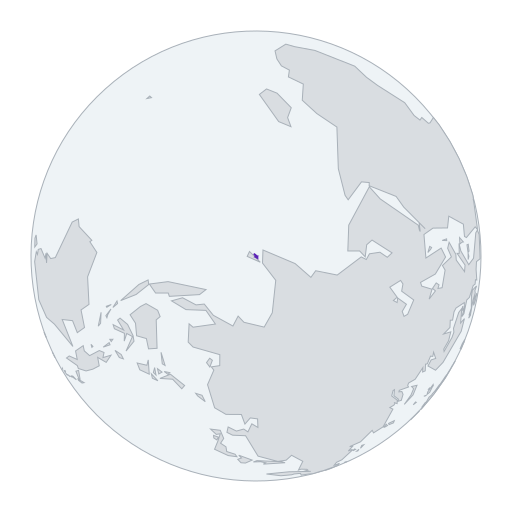 the Earth from above Puttalama, rotated 138°
{"feature_id": "LKA-2462", "entity_name": "Puttalama", "entity_type": "District", "adm_level": 1, "iso_a3": "LKA", "parent_name": "Sri Lanka", "parent_adm1": "", "projection": "orthographic", "projection_center": [79.891, 7.922], "detail": "fine", "context": "on_globe", "style": "filled", "palette": "violet", "viewbox_px": 512, "rotation_deg": 138, "n_neighbors": 0, "source": "natural_earth", "source_scale": "10m", "svg_char_len": 9172}
<svg xmlns="http://www.w3.org/2000/svg" viewBox="0 0 512 512"><g transform="rotate(138 256 256)"><circle cx="256" cy="256" r="225" fill="#eef3f6" stroke="#a8b0b8"/><path d="M348.3,50.5L345.4,49.5L349.8,51.5L335.6,45.8L343.0,48.2L342.5,48.0L345.0,49.1L345.3,49.2L345.9,49.4L348.3,50.5ZM328.3,43.2L326.1,42.6L326.6,42.5L328.3,43.2ZM54.1,156.1L73.7,127.4L73.6,131.0L87.3,128.9L88.0,131.0L80.6,140.9L86.1,156.6L94.9,148.7L105.8,158.3L116.8,159.6L131.1,140.8L113.1,138.0L115.8,128.4L134.8,122.6L151.4,126.3L153.0,122.7L147.4,113.5L156.2,108.1L146.0,110.0L146.5,113.8L140.1,115.4L139.3,112.1L142.5,110.1L138.9,107.9L124.9,119.0L123.8,124.2L111.4,124.6L108.4,133.5L103.3,137.0L106.4,123.5L109.9,119.0L111.5,104.8L106.7,109.4L104.8,123.4L103.2,122.0L96.7,129.5L100.4,122.7L103.7,107.2L95.8,108.8L77.1,126.2L74.2,127.1L75.8,122.6L91.3,104.0L95.9,104.3L101.4,98.8L108.0,90.4L108.8,91.5L112.0,88.5L114.4,88.7L125.2,82.4L128.8,82.3L140.1,74.0L143.5,73.2L135.8,78.1L132.4,82.0L142.2,83.5L146.2,82.0L152.8,76.8L154.6,78.3L159.7,73.1L168.8,72.5L162.0,69.3L169.5,64.2L178.8,61.2L180.1,59.2L164.9,64.3L159.9,67.0L157.6,70.1L143.1,78.4L138.2,79.3L148.8,69.3L143.0,70.0L153.8,62.8L188.2,51.8L199.0,51.0L201.8,59.2L195.3,61.6L191.0,59.6L188.4,65.7L191.8,63.1L193.3,64.8L200.9,61.2L202.4,62.2L207.1,57.4L209.8,58.3L206.7,61.4L220.2,57.9L227.6,59.5L229.9,58.3L230.3,56.6L239.4,60.3L240.7,59.4L238.3,57.7L239.3,54.8L244.6,51.5L247.5,52.9L246.0,54.3L247.0,59.9L242.5,64.0L244.2,64.3L248.8,61.2L247.5,54.3L249.9,51.9L251.5,54.8L251.1,53.6L253.2,52.9L258.0,53.8L256.7,50.6L275.9,44.0L287.0,45.9L286.3,48.7L302.7,48.0L313.9,51.7L311.6,49.9L317.9,49.3L314.5,48.1L313.9,47.3L328.5,47.1L334.2,48.8L337.9,48.2L336.7,47.5L332.7,46.1L335.6,45.8L349.8,51.5L351.8,52.7L359.3,56.1L362.7,58.7L369.0,62.9L368.4,64.7L373.5,68.5L375.8,69.5L384.5,76.0L394.1,87.0L375.8,73.5L359.4,59.3L365.2,64.3L360.7,62.1L360.9,63.4L365.2,67.5L367.7,68.5L358.6,72.1L362.9,84.1L370.2,84.1L377.2,88.7L388.4,105.9L384.0,129.4L393.3,138.5L395.6,144.4L391.1,147.6L387.7,139.0L380.9,135.6L379.7,130.7L371.4,134.1L369.3,127.3L363.8,133.9L368.6,139.5L376.7,138.5L372.9,148.0L384.3,158.4L388.3,170.9L378.1,192.8L363.7,199.4L363.4,203.5L356.3,198.8L348.9,206.9L363.7,230.5L364.0,237.4L351.1,250.4L350.4,245.2L331.7,232.6L329.6,249.1L343.9,263.0L348.8,279.2L338.5,274.1L333.3,259.8L326.6,254.9L327.4,240.5L320.0,219.4L309.5,223.3L309.3,214.8L297.5,197.7L281.9,202.9L257.6,224.7L255.9,246.4L246.8,255.8L232.0,224.2L229.5,203.4L221.5,205.1L208.4,187.5L178.4,184.9L176.4,179.6L170.2,181.7L161.4,175.9L159.3,167.2L152.8,167.3L159.1,190.2L166.2,190.3L175.4,182.3L175.6,190.4L184.4,198.3L166.4,216.9L125.5,231.6L125.5,215.3L114.8,170.3L117.3,165.8L117.4,165.2L117.6,164.3L112.5,171.6L112.0,163.1L113.5,193.5L112.0,206.5L124.9,232.5L122.7,234.8L128.0,240.5L149.9,236.1L149.2,241.5L136.4,265.8L109.6,297.7L115.5,321.2L117.4,340.8L105.8,352.1L112.1,367.4L106.8,371.8L109.9,380.3L108.6,388.5L104.6,395.7L92.1,393.5L87.2,385.7L74.7,369.4L55.6,331.0L54.3,314.8L51.5,301.4L42.9,270.4L44.5,254.6L43.2,247.3L40.1,248.0L39.1,239.3L37.6,238.5L31.5,240.2L32.1,230.7L35.2,211.4L39.9,192.4L46.2,173.9L54.1,156.1ZM58.7,149.0L56.5,153.1L58.7,149.0ZM164.9,141.1L177.4,143.3L178.7,130.9L183.7,131.0L182.3,127.0L178.8,130.0L176.5,119.5L184.4,117.0L186.4,112.1L182.3,111.2L168.2,117.8L171.3,132.4L165.5,136.9L164.9,141.1ZM127.3,73.7L125.7,75.6L121.2,78.8L116.7,80.6L123.2,75.9L127.3,73.7ZM124.6,77.8L136.4,68.4L139.6,67.5L135.8,69.5L136.8,69.8L130.9,73.2L122.5,82.3L118.0,85.8L112.1,86.2L116.5,83.8L117.8,81.8L124.6,77.8ZM160.7,52.1L165.8,49.6L166.3,50.5L161.4,52.8L156.6,54.3L159.5,52.5L160.7,52.1ZM235.6,31.6L236.0,31.7L229.0,32.7L232.8,32.3L233.4,32.8L228.0,33.9L227.6,33.4L221.9,35.3L218.1,35.2L217.7,35.5L212.7,36.1L205.8,37.6L205.0,37.5L202.7,38.1L199.3,38.9L195.8,39.8L193.1,40.2L188.6,41.6L189.9,41.0L182.9,43.4L186.8,41.9L182.8,43.1L181.2,43.9L178.2,44.6L196.9,38.6L216.1,34.3L235.6,31.6ZM250.9,30.8L243.8,31.2L238.1,31.6L238.9,31.4L250.9,30.8ZM92.5,127.7L93.7,128.4L96.4,128.5L92.4,133.5L92.5,127.7ZM94.4,117.1L96.1,116.7L91.7,123.2L90.4,122.7L94.4,117.1ZM100.7,111.4L96.5,116.2L98.0,113.3L100.7,111.4ZM137.7,77.8L139.9,77.4L138.7,78.7L135.8,80.4L137.7,77.8ZM210.3,42.0L211.0,41.0L212.6,40.7L218.1,38.5L221.4,38.7L219.3,40.1L210.3,42.0ZM125.9,143.6L120.5,146.9L119.8,144.8L121.8,144.1L125.9,143.6ZM104.0,139.8L107.2,143.0L102.9,141.2L104.0,139.8ZM214.7,41.8L216.7,40.8L217.1,41.6L214.7,41.8ZM224.0,38.8L225.1,39.5L222.4,38.5L224.0,38.8ZM227.7,443.6L231.7,446.0L227.9,446.0L227.7,443.6ZM149.2,340.7L145.4,373.8L136.4,373.1L131.4,362.9L130.6,342.6L139.9,337.7L143.5,328.7L149.2,340.7ZM396.0,316.8L401.2,317.7L400.9,318.8L396.0,316.8ZM390.7,313.3L396.8,313.5L389.4,315.6L390.7,313.3ZM399.2,313.7L405.4,311.6L408.1,309.9L407.5,312.1L399.2,313.7ZM386.4,313.4L362.1,313.2L352.2,310.4L354.8,306.6L370.8,307.6L386.4,313.4ZM354.0,306.5L338.5,295.8L315.6,264.5L323.8,265.1L347.4,284.0L346.0,287.2L355.4,295.7L354.0,306.5ZM390.5,286.7L388.9,296.6L375.7,295.8L369.6,294.2L365.4,281.5L367.8,275.1L372.9,275.3L391.3,253.6L398.0,258.9L392.7,268.0L398.1,276.6L390.5,286.7ZM257.0,248.5L262.8,261.6L257.8,263.7L257.0,248.5ZM397.8,238.6L391.0,248.0L396.8,235.5L397.8,238.6ZM400.6,226.9L401.5,231.6L398.1,227.0L400.6,226.9ZM364.1,209.9L358.8,211.0L358.2,207.7L364.6,204.4L364.1,209.9ZM391.2,181.7L393.0,191.1L392.7,194.3L389.3,188.6L391.2,181.7ZM245.1,46.5L233.8,49.0L227.7,51.9L227.7,54.9L222.9,52.2L232.2,47.7L245.1,46.5ZM271.8,43.9L271.7,42.0L275.0,42.7L275.4,43.2L271.8,43.9ZM269.5,42.9L263.4,41.1L265.5,40.0L269.9,41.6L269.5,42.9ZM238.7,40.2L235.1,40.8L234.8,40.0L238.7,40.2ZM405.3,418.8L410.6,411.5L414.4,410.7L408.3,417.2L405.3,418.8ZM406.2,389.1L369.9,404.2L363.2,402.4L367.8,396.2L367.5,377.5L369.9,377.8L371.9,365.1L395.1,353.2L412.5,331.8L422.1,333.0L431.3,317.6L440.1,318.6L435.6,330.7L442.5,338.5L452.6,311.3L451.4,340.2L452.7,350.5L446.7,368.8L424.2,400.0L416.4,406.2L417.3,403.4L413.4,406.6L410.8,405.4L414.2,395.5L410.2,398.6L416.3,391.0L409.4,397.8L410.3,391.5L406.2,389.1ZM464.5,341.3L464.7,340.6L466.4,335.7L466.3,336.5L464.8,340.6L464.5,341.3ZM471.7,321.0L472.4,318.5L472.1,319.5L471.7,321.0ZM472.6,317.9L473.4,315.0L472.6,317.9L472.6,317.9ZM475.0,302.2L475.5,300.7L475.4,301.9L475.0,302.2ZM408.8,317.8L416.5,310.0L420.2,309.4L408.8,317.8ZM475.2,299.1L474.6,298.8L474.8,297.3L475.2,299.1ZM475.8,295.4L476.0,293.3L475.6,298.4L475.8,295.4ZM474.9,290.6L475.4,294.4L474.8,291.1L474.9,290.6ZM474.3,291.1L473.6,289.4L473.7,288.8L474.3,291.1ZM462.1,294.1L465.1,307.0L461.7,306.7L458.1,298.7L453.6,306.2L444.4,305.0L447.1,300.4L446.3,293.3L435.7,290.6L433.5,286.0L437.7,282.9L430.1,279.3L438.5,277.2L441.5,286.6L446.0,279.3L453.0,281.1L459.2,284.3L463.3,291.3L462.1,294.1ZM437.7,297.9L439.1,297.9L437.7,300.8L437.7,297.9ZM472.3,284.2L473.3,288.8L473.0,290.0L472.5,289.2L472.3,284.2ZM464.4,289.7L469.3,282.0L470.2,282.1L466.9,290.9L464.4,289.7ZM468.5,276.9L470.3,278.0L471.1,282.4L470.6,283.6L468.5,276.9ZM420.8,289.3L420.4,291.9L418.1,289.9L420.8,289.3ZM423.9,287.7L430.5,290.5L423.1,289.9L423.9,287.7ZM401.7,278.8L403.9,284.9L410.9,280.9L405.5,286.6L409.9,296.7L408.1,300.6L403.9,289.6L401.7,301.0L398.6,300.8L397.2,291.1L400.6,279.2L403.7,274.3L416.2,272.3L401.7,278.8ZM423.9,280.2L422.1,273.0L423.4,268.3L425.5,272.0L423.9,280.2ZM415.9,256.0L410.2,247.8L405.6,250.9L414.4,239.6L418.5,249.2L415.9,256.0ZM410.2,238.1L406.0,240.9L410.0,234.4L410.2,238.1ZM404.6,238.2L403.5,232.6L407.2,233.4L404.6,238.2ZM412.6,238.4L412.4,228.9L414.8,234.5L412.6,238.4ZM400.4,220.2L409.3,229.3L398.7,225.4L395.7,207.5L400.0,207.0L400.4,220.2ZM407.6,151.1L405.1,146.5L408.2,145.6L409.1,149.0L407.6,151.1ZM416.1,140.1L408.3,143.9L401.5,147.8L404.9,150.0L405.6,157.8L399.2,150.4L402.1,142.0L407.6,140.6L406.0,134.3L408.6,130.3L404.2,122.7L404.5,119.6L410.2,126.3L416.1,140.1ZM402.1,119.5L395.4,106.9L402.4,109.2L405.5,112.4L405.6,117.1L401.9,115.6L402.1,119.5ZM395.8,104.7L392.2,103.3L374.6,85.9L372.7,82.9L389.8,96.4L387.2,95.9L390.3,100.1L395.8,104.7ZM328.1,43.4L326.3,42.7L328.8,43.5L328.1,43.4ZM311.8,46.6L311.4,45.7L314.3,46.4L311.8,46.6ZM311.8,43.6L308.8,43.5L310.8,43.0L311.8,43.6ZM302.2,43.6L307.0,43.2L304.1,44.5L302.2,43.6Z" fill="#d9dde1" stroke="#a8b0b8" stroke-width="1"/><path d="M255.8,258.5L255.6,257.3L255.6,257.2L255.6,257.3L255.6,257.2L255.6,256.9L255.6,256.7L255.5,256.3L255.5,256.2L255.4,256.1L255.4,255.9L255.2,255.3L255.2,255.2L255.3,255.2L255.3,254.9L255.2,254.8L255.3,254.8L255.4,254.7L255.6,254.3L255.5,254.5L255.4,254.6L255.5,254.7L255.5,254.8L255.4,254.9L255.4,255.0L255.4,255.3L255.4,255.5L255.5,255.5L255.4,255.6L255.5,255.7L255.8,255.7L255.7,255.6L255.6,255.4L255.8,255.2L255.7,255.1L255.7,254.9L255.7,254.7L255.8,254.6L255.8,254.4L255.8,254.0L255.9,253.9L255.9,253.7L256.0,253.5L256.1,253.4L256.1,253.5L256.3,253.5L256.5,253.6L256.6,253.8L256.4,254.0L256.2,254.2L256.3,254.3L256.4,254.7L256.4,254.8L256.5,254.8L256.8,254.9L256.8,255.0L256.9,255.3L257.0,255.4L257.0,255.5L257.0,255.8L256.9,255.8L257.0,255.9L256.9,255.9L256.8,256.0L256.7,256.0L256.6,256.3L256.4,256.5L256.4,256.8L256.2,256.8L256.3,256.9L256.2,257.0L256.0,257.3L256.0,257.5L256.2,258.3L256.2,258.5L255.9,258.5L255.8,258.5Z" fill="#8b5cf6" stroke="#5b21b6" stroke-width="1.5"/></g></svg>